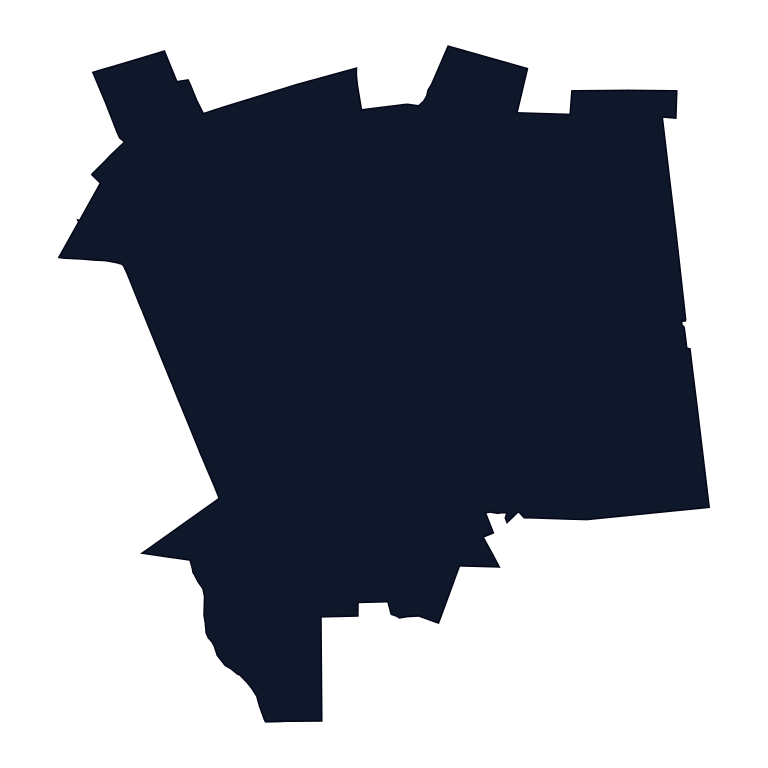 Tecuci, Galati, Romania
{"feature_id": "2599482B52877412326619", "entity_name": "Tecuci", "entity_type": "district", "adm_level": 2, "iso_a3": "ROU", "parent_name": "Romania", "parent_adm1": "Galati", "projection": "albers", "projection_center": [27.399, 45.839], "detail": "fine", "context": "isolated", "style": "filled", "palette": "ink", "viewbox_px": 768, "rotation_deg": 0, "n_neighbors": 0, "source": "geoboundaries", "source_scale": "gbopen_adm2", "svg_char_len": 2751}
<svg xmlns="http://www.w3.org/2000/svg" viewBox="0 0 768 768"><path d="M188.1,79.9L179.0,81.3L176.9,81.6L174.9,76.7L164.4,51.0L120.5,64.2L97.9,70.8L92.8,72.4L93.0,72.8L105.2,101.8L117.1,132.3L119.7,137.9L124.5,142.0L110.3,155.5L107.8,158.2L105.3,160.9L99.4,166.7L93.6,172.5L92.7,173.3L91.8,174.7L100.4,183.1L80.1,219.5L79.8,220.4L77.7,219.9L78.7,222.1L78.2,222.7L77.8,223.5L76.7,225.5L73.2,231.7L59.0,257.1L58.8,257.5L64.4,258.2L83.0,259.1L94.1,260.1L99.4,260.3L104.7,260.6L108.3,261.1L117.1,262.8L119.3,263.5L122.2,264.3L123.8,266.2L125.4,269.9L125.8,270.5L126.3,271.7L127.1,273.5L129.1,278.4L137.4,299.0L139.7,304.8L140.6,306.9L141.1,307.9L141.5,308.8L141.7,309.3L141.9,309.7L143.8,314.7L169.2,377.2L171.0,381.5L171.7,383.1L172.0,383.7L172.1,384.0L172.3,384.4L174.4,389.9L177.2,396.8L183.6,412.2L198.7,449.2L199.7,451.8L201.0,455.0L203.1,459.6L203.3,460.2L205.3,465.0L206.9,468.8L208.2,471.9L213.9,485.1L215.2,488.4L216.8,492.4L218.8,497.3L218.7,498.7L198.2,513.3L195.0,515.6L183.4,523.8L174.6,530.1L173.9,530.6L156.2,543.2L145.2,551.0L144.6,551.4L143.1,552.4L142.0,553.2L173.5,557.8L176.2,558.1L190.0,560.1L192.3,568.4L193.0,572.6L194.5,574.9L197.7,581.2L199.2,583.4L203.0,588.9L204.5,596.6L204.0,615.1L205.3,623.2L206.1,632.8L208.2,637.4L208.3,637.8L212.0,642.0L214.2,646.0L217.2,655.3L225.2,665.5L230.4,668.4L238.1,674.6L238.9,674.1L246.7,682.1L251.8,688.4L256.9,696.4L257.8,700.2L259.7,706.7L264.2,719.2L265.5,721.9L282.1,721.5L283.1,721.3L321.8,721.0L321.0,616.9L350.6,616.2L357.9,616.0L358.0,602.5L381.3,601.9L381.8,601.9L383.8,601.8L385.5,601.8L387.9,601.7L388.3,603.2L388.6,604.6L389.0,606.2L389.2,606.9L389.5,607.8L390.3,611.0L390.6,612.2L390.9,613.2L391.2,614.3L396.5,616.1L397.3,616.5L399.3,618.0L400.9,617.7L401.9,617.5L402.5,617.4L404.5,617.1L406.6,616.7L415.6,616.2L418.8,616.0L421.5,617.0L432.3,620.9L438.5,623.1L445.4,604.5L459.5,565.9L496.5,566.9L499.3,567.0L492.0,553.2L483.1,537.1L493.4,532.9L488.6,520.7L486.3,515.0L485.9,513.9L485.5,513.0L486.5,512.6L490.5,512.1L491.3,512.3L498.1,513.4L500.6,512.8L507.1,512.9L505.7,516.5L505.3,517.9L507.0,522.6L512.7,517.2L517.9,512.1L519.2,512.3L524.2,517.8L532.1,517.9L568.4,519.1L586.8,519.6L709.2,507.3L703.2,457.2L696.5,401.7L692.3,367.9L690.0,348.8L686.8,348.1L685.2,334.8L684.2,327.7L683.5,326.2L682.1,326.1L681.6,321.3L683.5,321.1L685.4,321.0L685.7,319.7L683.9,303.3L680.2,270.0L675.8,230.7L670.0,182.5L662.3,117.0L675.9,118.2L675.9,117.9L676.8,90.8L627.9,90.3L571.9,90.8L570.1,114.4L517.0,112.8L527.5,68.6L448.1,46.1L431.4,84.7L428.1,90.0L426.7,96.0L423.7,101.2L418.7,105.8L407.7,104.3L405.3,104.4L361.5,109.8L357.6,86.4L356.4,75.7L356.5,68.1L297.8,84.2L223.3,107.1L203.4,113.6L197.9,102.7L196.4,99.6L190.5,85.1L188.1,79.9Z" fill="#0f172a" stroke="#020617" stroke-width="1.5"/></svg>